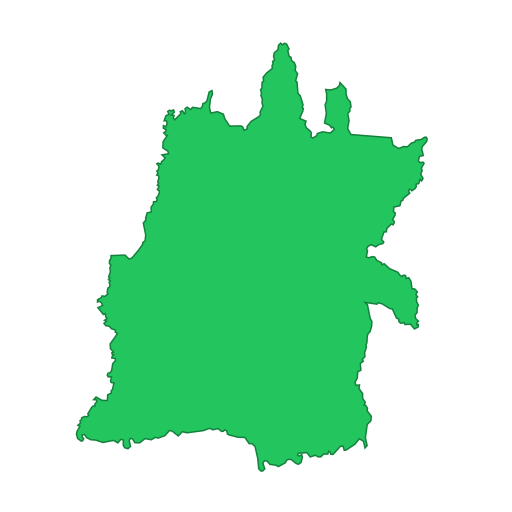 Encruzilhada do Sul, Rio Grande do Sul, Brazil (orthographic projection), rotated 4°
{"feature_id": "56859067B74487303198442", "entity_name": "Encruzilhada do Sul", "entity_type": "district", "adm_level": 2, "iso_a3": "BRA", "parent_name": "Brazil", "parent_adm1": "Rio Grande do Sul", "projection": "orthographic", "projection_center": [-52.659, -30.587], "detail": "fine", "context": "isolated", "style": "filled", "palette": "green", "viewbox_px": 512, "rotation_deg": 4, "n_neighbors": 0, "source": "geoboundaries", "source_scale": "gbopen_adm2", "svg_char_len": 6089}
<svg xmlns="http://www.w3.org/2000/svg" viewBox="0 0 512 512"><g transform="rotate(4 256 256)"><path d="M422.7,315.6L422.7,313.0L421.2,313.3L421.1,311.3L422.6,309.7L419.7,307.3L418.7,303.9L420.6,301.3L420.4,296.5L421.4,293.8L419.4,290.3L418.9,286.5L420.1,285.5L418.1,283.2L419.5,280.7L416.6,277.8L413.9,277.7L412.4,270.5L409.9,267.0L407.4,267.9L406.5,265.0L404.2,264.9L403.1,266.2L401.2,265.4L398.6,262.3L390.1,259.3L384.5,254.8L382.2,255.9L381.7,254.0L376.8,251.9L374.4,248.7L372.0,248.5L368.6,249.9L366.1,249.3L366.9,242.8L365.6,241.1L367.5,238.1L370.3,236.7L374.8,238.5L377.7,236.0L381.6,234.8L382.5,233.2L379.9,230.5L382.1,223.0L384.4,222.8L384.5,219.5L388.7,214.7L390.6,215.3L391.4,213.7L391.5,212.0L389.7,210.0L391.8,205.9L391.9,203.3L390.0,202.2L390.2,197.5L396.0,195.9L396.9,191.0L398.6,190.2L398.9,188.3L405.0,182.6L403.8,181.0L404.1,179.0L405.5,178.8L407.0,180.1L409.9,177.7L411.0,175.8L410.7,173.2L413.3,172.3L414.3,168.1L416.0,169.5L417.2,167.0L414.6,162.8L415.8,159.2L414.8,157.0L417.2,151.8L416.0,150.7L413.1,151.4L411.3,149.7L412.2,145.2L415.9,144.1L413.8,137.6L414.3,135.1L418.2,130.0L418.6,127.2L417.5,125.6L415.8,125.8L412.8,128.2L407.2,129.5L406.5,131.2L403.1,132.5L399.5,136.5L395.6,136.5L390.8,138.8L384.9,135.8L382.7,128.6L342.2,128.2L338.5,122.4L339.4,114.5L337.6,107.6L339.6,104.8L339.3,102.3L340.4,100.7L339.3,95.5L336.3,92.8L334.5,88.1L334.2,83.3L327.7,77.1L327.2,80.3L324.7,83.0L319.0,85.2L313.9,85.0L315.2,89.7L315.6,96.7L314.4,100.2L316.2,109.0L315.1,118.6L320.2,120.4L322.3,122.8L323.6,122.0L325.3,124.2L321.6,128.1L313.6,127.5L308.5,129.6L308.4,131.5L304.5,134.4L302.6,133.6L302.6,129.7L301.8,127.9L297.5,124.8L295.7,121.6L296.5,118.0L290.0,115.7L292.6,108.1L292.9,105.5L291.7,104.4L292.4,102.0L289.0,93.1L286.5,90.8L284.8,79.7L283.3,78.5L284.8,71.3L282.2,68.2L282.4,64.1L280.8,60.5L277.8,58.5L277.1,55.3L275.2,54.6L273.4,49.0L274.5,47.2L271.7,42.4L269.4,41.8L267.8,43.6L265.8,41.9L263.7,44.2L263.5,48.7L260.0,52.1L259.6,55.7L260.8,59.2L259.0,60.8L259.6,63.1L258.7,65.0L259.2,67.7L253.9,72.6L250.6,77.2L251.4,80.9L249.9,82.3L250.2,88.1L249.0,89.7L250.1,93.2L249.7,95.5L251.4,99.1L251.3,103.0L252.5,105.9L250.0,112.2L250.6,114.6L249.4,116.5L241.7,122.1L238.1,127.4L238.3,129.9L235.4,131.4L233.6,128.0L231.9,127.3L220.6,128.2L215.3,121.3L213.6,116.8L207.4,114.7L200.9,116.6L199.2,111.1L199.6,102.5L201.3,97.6L200.5,94.0L197.8,95.7L196.3,104.3L194.7,106.7L192.4,107.6L192.1,110.4L190.5,112.8L182.4,112.1L180.5,114.5L177.0,112.3L175.0,113.9L175.7,118.0L174.6,119.1L172.5,116.2L170.4,117.3L171.0,119.3L165.4,125.8L164.0,124.1L164.5,121.5L161.8,121.3L164.5,118.1L163.5,116.0L161.4,117.1L159.6,116.6L157.8,117.9L159.3,120.8L156.4,122.2L154.9,127.5L157.1,127.3L158.1,129.5L157.2,133.4L154.6,132.4L154.6,135.0L157.5,136.3L157.3,138.1L155.3,139.6L157.7,141.8L159.1,141.9L155.4,148.3L155.5,154.6L160.9,157.7L161.6,160.1L155.1,161.7L158.4,164.3L157.4,166.4L155.2,168.5L154.7,171.0L151.8,170.1L150.6,171.0L152.9,173.1L152.5,177.2L151.2,178.0L152.3,180.7L151.3,182.2L152.9,182.6L153.8,184.3L152.8,188.9L153.7,190.7L152.6,192.3L154.5,193.2L153.0,196.6L154.9,197.7L155.2,199.4L153.9,203.4L152.5,204.9L153.4,206.8L152.9,208.5L150.0,209.0L149.9,211.5L147.9,214.7L148.5,219.3L144.4,220.6L143.2,226.1L143.7,227.6L141.3,231.0L144.5,242.7L144.3,248.6L142.2,250.4L142.2,252.1L138.4,258.4L132.4,266.6L129.6,267.9L125.2,264.2L111.3,265.7L111.6,268.6L110.2,270.7L110.3,273.7L111.8,275.1L111.1,278.1L111.8,282.2L110.4,287.2L111.7,288.1L110.5,289.8L112.3,291.1L111.3,292.6L112.3,294.8L112.2,296.9L110.5,298.3L110.0,302.5L110.8,304.3L108.2,306.8L105.2,306.5L104.5,308.4L101.0,310.6L101.1,313.0L102.5,312.1L104.8,313.1L106.4,316.0L101.9,318.6L107.8,325.0L109.7,324.0L110.3,327.1L111.8,328.9L109.4,330.7L111.4,331.4L109.0,333.7L111.0,336.0L114.5,336.3L117.0,338.7L120.9,339.6L120.9,341.7L123.2,343.1L116.6,354.0L117.3,358.7L120.6,361.8L118.9,362.7L119.5,364.2L120.9,364.5L119.5,366.2L119.3,367.8L122.6,368.0L123.1,370.0L120.6,373.3L120.0,380.2L118.5,382.7L116.6,383.2L115.9,385.2L117.0,386.9L120.2,386.5L119.6,391.3L120.5,392.4L123.1,392.5L122.2,399.0L120.9,400.7L121.3,402.8L117.7,404.8L117.8,410.6L112.3,410.7L106.3,407.8L104.1,410.6L106.6,410.6L107.6,412.2L105.6,414.8L106.0,416.8L104.0,417.0L102.5,418.7L99.2,425.2L100.3,426.7L98.5,428.2L96.3,428.0L93.4,429.5L93.3,431.5L91.9,432.6L92.6,434.9L90.1,437.3L92.3,438.2L89.8,443.1L89.3,446.2L90.8,450.5L94.6,452.9L96.1,452.2L96.9,450.3L95.2,448.6L95.0,446.6L97.3,446.1L99.9,449.1L104.0,450.8L108.9,450.8L116.2,452.7L126.8,449.9L131.2,452.1L134.0,448.3L136.6,448.9L136.7,453.8L138.3,456.4L141.7,457.2L144.1,454.7L142.4,448.9L143.6,446.6L145.5,447.0L148.2,450.7L153.0,450.5L158.1,445.9L164.4,446.6L168.2,443.9L171.1,444.5L177.6,441.6L181.8,436.3L184.2,436.3L191.0,440.9L194.8,436.4L199.4,437.2L215.5,433.9L221.9,431.1L225.1,432.4L230.2,430.8L233.8,433.4L235.7,433.1L237.1,431.6L238.9,432.4L240.0,435.7L241.7,436.4L250.8,438.1L257.6,437.8L262.3,443.7L265.1,443.5L268.3,446.0L271.8,457.6L273.6,468.2L276.1,470.2L277.7,470.0L279.6,467.7L277.5,462.7L277.8,460.9L279.3,459.6L281.3,459.8L284.4,462.9L290.4,463.3L293.1,464.5L299.6,460.3L301.0,457.4L302.6,456.6L305.4,456.6L310.5,460.2L313.0,460.8L315.4,458.8L316.3,453.1L315.4,451.0L312.9,452.7L311.4,451.4L312.2,449.8L320.5,448.6L324.1,452.7L329.2,450.6L332.0,452.1L334.8,451.8L337.3,448.8L341.4,448.6L342.1,445.8L343.5,446.4L344.3,448.5L346.7,448.6L353.5,439.9L356.1,439.7L357.6,443.7L359.4,443.3L367.8,436.9L371.8,431.1L376.1,433.3L378.1,439.9L380.1,437.3L377.8,429.7L378.7,416.3L382.1,412.4L382.2,407.8L377.7,402.7L377.8,400.0L375.8,397.3L374.3,397.2L375.2,394.2L372.3,390.6L371.9,385.7L368.0,381.1L368.2,377.4L364.7,378.1L363.6,375.1L365.6,370.6L365.5,364.5L368.6,362.6L367.5,355.9L370.3,353.6L369.3,351.8L371.7,348.9L371.1,344.9L372.5,339.2L371.9,337.1L372.7,334.8L372.6,328.4L373.1,326.0L375.1,323.3L376.2,318.2L376.2,313.3L374.3,310.4L370.6,296.9L368.1,294.7L380.1,295.6L381.0,294.1L385.2,294.9L393.1,299.1L395.7,299.3L400.5,308.2L402.6,308.9L403.4,311.9L405.3,313.0L408.2,312.1L409.3,313.9L414.9,313.3L419.1,317.7L422.7,315.6Z" fill="#22c55e" stroke="#15803d" stroke-width="1.5"/></g></svg>